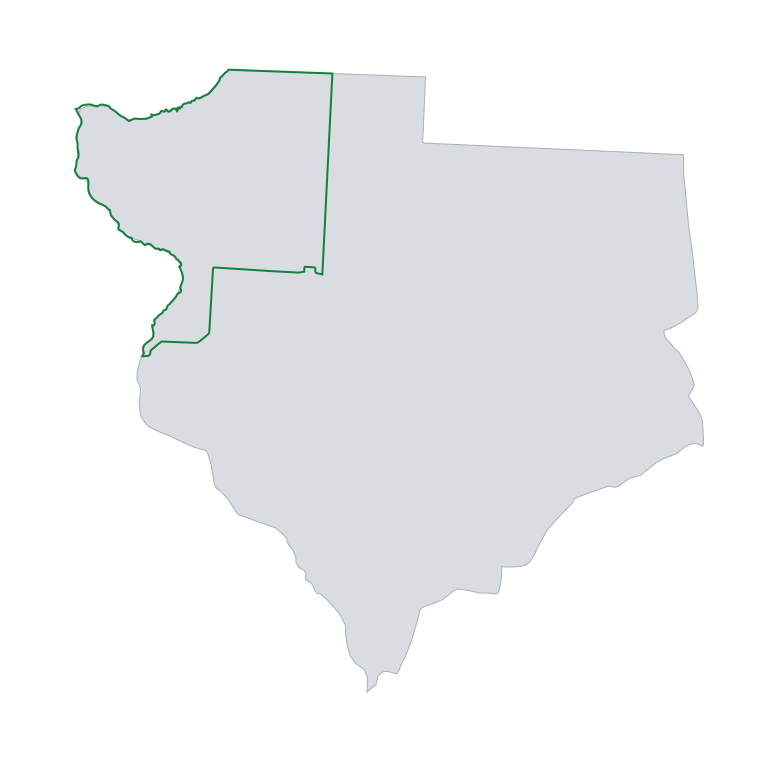 Kgalagadi highlighted on a map of Botswana, rotated 93°
{"feature_id": "BWA-2625", "entity_name": "Kgalagadi", "entity_type": "District", "adm_level": 1, "iso_a3": "BWA", "parent_name": "Botswana", "parent_adm1": "", "projection": "orthographic", "projection_center": [21.995, -25.1], "detail": "fine", "context": "in_parent", "style": "outline", "palette": "green", "viewbox_px": 768, "rotation_deg": 93, "n_neighbors": 0, "source": "natural_earth", "source_scale": "10m", "svg_char_len": 6638}
<svg xmlns="http://www.w3.org/2000/svg" viewBox="0 0 768 768"><g transform="rotate(93 384 384)"><path d="M429.5,62.3L428.1,65.8L427.0,70.8L428.1,74.7L430.7,79.8L434.6,84.4L437.5,87.1L440.9,93.8L444.3,102.1L448.8,108.6L462.2,123.6L463.6,128.9L465.4,134.2L473.7,144.4L475.0,147.8L474.3,154.6L482.6,175.2L488.1,187.3L492.9,189.7L508.2,202.9L521.5,213.6L537.2,221.0L548.7,226.0L554.4,229.5L557.2,232.8L559.3,239.0L560.2,249.7L560.3,256.6L572.8,256.8L583.2,257.9L586.7,259.4L588.0,261.4L587.5,265.9L587.4,272.7L587.7,278.1L586.5,283.9L585.5,290.7L584.7,299.2L586.1,302.6L595.7,313.7L599.6,320.8L603.7,331.4L606.1,334.9L608.1,336.4L617.1,337.9L639.9,343.4L653.9,348.1L665.0,352.8L669.6,354.2L671.9,355.4L672.6,356.4L670.8,365.5L671.1,368.5L672.3,371.2L674.1,373.3L676.3,374.7L684.8,376.2L689.6,382.0L692.8,384.7L677.3,385.3L669.5,389.5L664.7,397.6L657.5,403.3L647.9,406.7L637.8,408.9L627.2,409.8L615.7,416.4L603.3,428.7L596.9,436.5L596.5,439.8L593.8,442.5L588.6,444.7L585.6,447.5L584.8,450.9L582.0,452.4L577.3,452.0L573.9,454.4L571.8,459.4L567.4,462.4L560.9,463.2L555.2,465.9L550.4,470.3L546.7,472.6L544.1,472.6L540.0,476.2L533.3,485.0L532.1,489.1L522.1,522.8L517.2,526.6L507.7,533.3L499.9,541.4L496.6,546.2L493.0,548.3L475.7,551.9L469.2,553.9L461.4,556.9L459.4,559.7L457.2,570.1L451.4,585.0L446.8,596.0L443.7,605.5L438.6,617.4L434.3,621.3L429.4,624.8L423.1,626.5L414.6,627.5L406.9,626.9L400.9,627.0L392.5,631.0L384.7,631.1L372.5,628.5L362.5,625.9L358.1,625.3L349.4,617.4L343.7,617.4L335.1,616.7L330.2,614.8L325.8,610.7L316.1,602.7L306.6,596.2L298.1,592.4L290.2,590.5L282.6,592.0L276.7,593.7L274.5,594.5L269.9,597.7L265.2,603.9L261.3,613.7L259.8,619.7L255.4,632.3L249.6,647.5L246.9,651.9L243.7,655.1L238.8,658.0L222.6,670.0L214.5,683.6L209.4,687.6L203.3,689.4L198.1,690.6L195.2,692.9L192.1,699.8L189.3,702.2L186.2,703.2L177.0,702.4L174.1,701.7L149.7,703.2L142.2,701.0L137.0,700.2L128.7,703.1L125.2,701.3L122.3,695.6L120.9,684.1L121.2,674.4L125.6,666.9L129.4,661.5L133.0,654.4L133.5,651.3L132.7,648.4L131.9,642.6L131.4,636.7L126.0,623.7L119.3,606.6L110.4,587.5L107.6,582.2L102.0,573.9L81.3,558.4L78.2,556.2L78.2,554.5L77.9,539.1L77.6,518.7L77.3,498.3L77.0,477.9L76.7,457.5L76.4,437.1L76.1,416.7L75.8,396.4L75.5,376.0L75.2,358.7L90.3,358.5L108.9,358.3L131.0,358.1L140.8,358.0L141.3,355.3L141.2,342.6L141.0,313.7L140.8,284.7L140.6,255.7L140.3,226.8L140.1,197.9L139.9,169.0L139.7,140.1L139.5,111.2L139.4,97.0L156.8,96.0L176.9,93.0L209.5,88.2L239.8,82.4L259.6,79.1L283.2,75.2L291.3,74.5L293.4,75.1L296.6,76.6L307.4,91.1L314.1,102.1L315.4,106.8L316.7,107.3L319.9,106.6L323.5,104.9L334.7,94.1L337.0,91.3L344.1,86.1L352.8,80.8L360.6,77.1L368.4,74.1L372.0,74.9L376.2,77.7L379.9,79.5L397.8,66.6L405.8,63.7L426.6,61.8L429.5,62.3Z" fill="#d9dde1" stroke="#a8b0b8" stroke-width="1"/><path d="M118.5,602.4L118.3,601.0L117.9,600.4L116.0,599.6L115.0,598.9L114.5,598.1L114.1,595.9L113.8,595.3L113.1,594.4L112.9,593.9L112.9,593.4L113.1,593.0L113.4,592.5L113.2,591.9L112.8,591.4L111.6,590.9L111.2,590.4L111.1,590.0L110.9,588.1L109.7,587.6L108.5,586.9L107.9,586.0L108.4,584.8L108.5,583.7L107.8,582.2L106.0,579.4L104.0,575.1L103.3,574.2L94.8,567.4L89.9,564.4L89.2,564.2L87.9,564.1L87.3,564.0L86.5,563.5L84.8,561.6L81.4,558.9L80.2,557.0L79.0,556.2L78.6,555.7L78.2,554.5L78.1,542.3L77.9,530.0L77.7,517.8L77.5,505.6L77.3,493.3L77.3,491.3L77.1,481.1L76.9,468.8L76.7,456.6L76.7,451.8L77.9,451.8L277.8,451.3L276.8,457.4L275.5,458.6L272.5,458.5L271.9,458.7L271.3,459.3L271.1,462.0L271.1,468.8L271.3,469.3L271.7,469.5L272.3,469.6L276.0,469.6L277.2,474.8L277.2,500.2L276.5,558.8L276.6,559.7L276.9,560.5L277.8,560.7L278.8,560.8L340.7,561.2L341.7,561.3L342.7,561.6L343.7,562.4L351.0,570.3L351.8,571.4L352.5,572.6L352.8,574.2L353.2,608.1L355.3,610.9L362.6,618.5L363.5,618.9L366.5,619.1L368.2,620.5L369.0,626.6L366.2,625.5L364.9,625.6L363.6,626.2L361.8,626.6L358.6,626.0L355.9,623.9L351.6,618.5L348.8,616.9L345.4,616.8L338.7,618.5L337.4,618.7L337.3,618.4L337.6,617.8L337.6,617.2L336.9,616.6L336.3,616.2L335.5,616.1L332.2,616.8L331.0,616.1L330.0,614.6L327.2,612.5L324.8,609.2L324.2,608.8L322.9,608.4L322.3,608.0L321.9,607.4L321.3,605.9L320.7,605.3L317.1,604.2L316.3,603.3L315.8,602.6L309.1,597.2L307.5,596.2L305.6,595.3L305.0,594.8L304.1,593.9L303.2,592.3L302.6,591.8L301.7,591.5L300.9,591.6L298.7,592.4L297.6,592.5L296.6,592.2L293.7,591.0L290.2,590.3L287.0,590.5L283.9,591.4L279.0,593.7L278.4,594.2L277.6,594.6L277.2,594.3L277.0,593.6L276.6,593.0L275.0,592.7L273.5,593.5L271.0,596.1L270.6,596.7L270.5,597.3L270.2,597.9L269.5,598.3L268.6,598.7L267.9,599.2L267.3,599.8L266.8,600.6L265.7,603.4L265.0,604.2L263.4,604.9L263.0,605.6L261.7,610.0L261.1,611.1L261.0,611.7L260.9,612.3L261.3,613.0L261.9,613.7L262.2,614.5L261.6,615.2L260.7,615.8L260.6,616.4L260.9,617.0L261.0,617.8L260.8,618.8L260.7,619.5L260.3,620.2L257.4,623.6L256.5,625.1L256.2,626.6L256.2,627.6L256.4,627.8L256.8,628.0L257.3,628.7L257.7,629.7L257.7,630.1L257.0,631.3L256.1,632.4L254.8,633.5L254.1,634.7L254.9,636.0L255.2,636.9L255.2,638.5L255.0,640.2L254.7,641.3L254.1,642.2L253.5,642.7L251.7,643.4L251.0,643.9L251.0,644.6L251.3,645.3L251.2,646.1L248.5,650.2L248.4,650.4L247.8,651.0L246.5,651.9L245.8,652.9L244.7,655.3L243.5,657.2L242.4,657.6L239.5,657.0L237.5,657.3L236.1,658.5L233.9,661.7L230.6,665.0L229.0,665.8L228.0,666.1L225.1,666.6L224.5,667.0L223.9,668.5L221.3,671.1L220.1,673.7L218.0,679.3L215.6,683.0L212.4,686.3L208.6,688.6L204.6,689.6L198.4,689.6L196.4,690.0L194.7,690.6L194.0,691.4L193.9,692.5L194.5,695.7L194.6,697.0L194.3,698.3L193.6,699.6L192.4,700.7L188.8,703.2L187.4,703.8L186.0,703.8L182.3,702.8L176.9,702.6L173.7,701.2L172.3,701.0L169.4,701.1L164.0,702.5L163.1,702.6L161.4,702.4L160.5,702.4L154.9,704.0L153.0,704.1L144.6,702.3L142.0,700.7L139.3,699.6L135.8,700.0L134.1,700.9L131.2,703.0L127.1,705.0L125.8,706.0L125.6,706.2L125.3,705.5L124.6,703.2L124.0,702.5L123.0,701.8L122.6,701.4L122.2,700.9L121.3,699.0L120.7,696.4L120.3,693.8L120.2,691.6L121.6,686.8L121.7,685.1L121.3,684.1L120.3,682.6L119.9,681.8L119.7,680.0L119.9,677.9L120.6,674.1L120.9,673.2L122.8,671.8L123.6,670.6L125.5,667.1L129.1,662.4L130.6,659.8L131.7,657.1L134.4,653.1L134.7,652.0L132.2,647.8L132.0,646.4L132.1,641.3L131.5,635.1L129.7,630.9L129.7,630.6L129.0,629.8L128.6,629.8L128.0,630.1L127.1,630.4L127.1,629.8L127.8,628.4L126.4,623.7L125.8,622.4L125.1,621.9L123.5,621.1L122.9,620.4L122.9,619.6L123.5,618.1L123.4,617.3L122.9,616.9L122.2,616.8L121.5,616.5L121.3,615.8L121.6,615.2L123.0,614.4L123.4,613.7L122.9,611.8L120.0,609.2L120.1,607.2L120.5,606.1L122.4,604.9L121.5,604.2L120.9,604.2L120.4,604.5L119.8,604.8L119.2,604.5L119.1,603.8L119.4,602.9L119.5,602.3L118.5,602.4Z" fill="none" stroke="#15803d" stroke-width="2"/></g></svg>